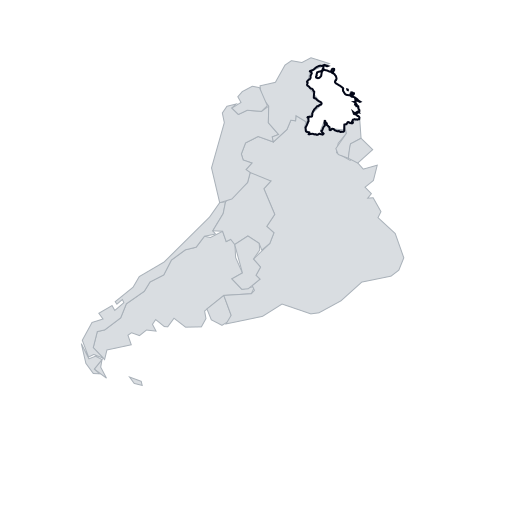 South America, with Venezuela highlighted, rotated 40°
{"feature_id": "VEN", "entity_name": "Venezuela", "entity_type": "country or territory", "adm_level": 0, "iso_a3": "VEN", "parent_name": "South America", "parent_adm1": "", "projection": "robinson", "projection_center": [-65.797, 6.433], "detail": "fine", "context": "in_parent", "style": "outline", "palette": "ink", "viewbox_px": 512, "rotation_deg": 40, "n_neighbors": 12, "source": "natural_earth", "source_scale": "50m", "svg_char_len": 9659}
<svg xmlns="http://www.w3.org/2000/svg" viewBox="0 0 512 512"><g transform="rotate(40 256 256)"><path d="M204.6,434.3L208.5,441.0L220.0,445.7L204.8,446.6L204.6,434.3ZM256.7,306.9L252.0,331.2L257.9,336.1L259.7,345.4L247.8,355.8L233.2,356.4L233.9,367.0L231.1,369.0L220.0,369.2L220.6,374.9L227.7,377.8L219.7,383.1L217.9,391.9L210.0,394.8L208.8,399.0L217.5,404.2L202.2,423.8L206.6,432.7L190.2,430.8L183.0,415.9L187.6,409.9L192.1,390.4L187.4,376.0L193.1,354.8L191.5,344.0L197.5,329.8L193.8,313.5L197.9,296.7L204.5,287.7L203.8,274.0L209.2,271.2L214.5,258.5L223.9,264.1L225.9,259.5L231.5,259.7L241.4,270.3L256.5,277.7L252.2,289.0L266.6,290.6L274.5,280.0L276.7,287.9L256.7,306.9Z" fill="#d9dde1" stroke="#a8b0b8" stroke-width="1"/><path d="M204.6,434.3L204.8,446.6L211.9,446.8L206.9,450.6L194.7,447.6L178.5,435.4L194.1,442.2L197.5,435.9L204.6,434.3ZM197.8,234.0L203.6,244.6L206.7,264.5L210.9,265.2L203.8,274.0L204.5,287.7L197.9,296.7L193.8,313.5L197.5,329.8L191.5,344.0L193.1,354.8L187.4,376.0L192.1,390.4L187.6,409.9L183.0,415.9L190.2,430.8L204.8,432.4L195.0,435.7L192.7,441.0L177.1,432.2L173.1,412.3L179.3,402.6L172.4,400.9L177.6,386.5L182.8,388.5L184.8,376.7L181.6,375.2L180.4,382.3L177.5,381.5L181.9,358.9L179.8,346.8L189.5,319.6L195.4,256.0L193.9,238.5L197.8,234.0Z" fill="#d9dde1" stroke="#a8b0b8" stroke-width="1"/><path d="M236.9,430.0L248.6,425.8L252.0,428.3L244.6,431.9L236.9,430.0Z" fill="#d9dde1" stroke="#a8b0b8" stroke-width="1"/><path d="M256.7,306.9L275.1,317.4L277.8,321.3L274.5,331.0L262.8,333.6L252.4,328.1L256.7,306.9Z" fill="#d9dde1" stroke="#a8b0b8" stroke-width="1"/><path d="M276.7,327.3L275.1,317.4L256.7,306.9L276.7,287.9L276.9,283.3L272.1,281.1L273.9,271.2L268.4,270.8L266.6,261.6L256.0,260.0L258.5,237.5L254.8,226.7L245.2,226.4L243.6,212.1L218.8,199.4L219.2,189.0L204.3,196.2L192.8,196.2L193.1,187.4L184.5,190.7L179.2,187.3L175.3,176.1L180.8,163.1L196.0,157.5L198.4,139.2L195.4,129.6L199.4,127.0L196.4,122.8L208.0,121.0L210.4,126.2L218.1,128.2L229.2,120.0L224.6,118.3L221.8,109.3L230.6,111.0L242.6,102.7L246.4,103.8L246.5,116.8L251.3,125.1L266.7,122.2L266.8,118.2L282.3,120.5L290.5,108.5L297.4,122.7L295.3,133.2L304.3,134.1L304.4,139.9L308.3,136.1L323.2,141.7L324.8,148.2L348.2,149.3L370.4,162.4L374.5,175.0L372.4,184.6L353.8,208.0L349.9,235.7L340.7,259.1L335.2,265.1L306.8,276.1L299.8,298.0L276.7,327.3Z" fill="#d9dde1" stroke="#a8b0b8" stroke-width="1"/><path d="M197.9,195.8L219.2,189.0L218.8,199.4L243.6,212.1L245.2,226.4L254.8,226.7L258.5,237.5L256.6,247.8L250.3,244.3L236.9,245.9L232.3,260.9L225.9,259.5L223.9,264.1L214.5,258.5L206.7,264.5L203.6,244.6L197.8,234.0L202.3,205.1L197.9,195.8Z" fill="#d9dde1" stroke="#a8b0b8" stroke-width="1"/><path d="M196.0,157.5L180.8,163.1L175.3,176.1L179.2,187.3L184.5,190.7L193.1,187.4L192.8,196.2L197.9,195.8L202.3,205.1L200.9,227.8L193.9,238.5L165.3,217.1L146.0,174.2L138.3,168.1L137.5,160.0L143.1,152.3L142.4,158.2L151.5,158.9L155.6,150.0L167.2,141.7L169.4,133.0L179.8,146.0L195.2,148.4L191.9,154.3L196.0,157.5Z" fill="#d9dde1" stroke="#a8b0b8" stroke-width="1"/><path d="M211.3,125.5L208.0,121.0L196.4,122.8L199.4,127.0L195.4,129.6L198.4,139.2L196.0,157.5L191.9,154.3L195.2,148.4L179.8,146.0L169.4,133.0L157.6,130.4L149.7,123.0L159.2,110.5L155.5,91.1L157.6,83.6L166.8,78.3L170.7,68.8L188.5,61.4L178.8,80.0L185.5,92.4L209.0,97.6L206.6,116.5L211.3,125.5Z" fill="#d9dde1" stroke="#a8b0b8" stroke-width="1"/><path d="M263.9,121.8L253.8,125.4L248.1,122.4L246.4,103.8L239.1,98.4L247.5,84.5L260.8,98.3L256.3,109.3L263.9,121.8Z" fill="#d9dde1" stroke="#a8b0b8" stroke-width="1"/><path d="M274.2,119.4L263.9,121.8L258.5,113.5L256.3,109.3L260.8,98.3L277.0,99.5L274.2,119.4Z" fill="#d9dde1" stroke="#a8b0b8" stroke-width="1"/><path d="M168.1,133.6L167.2,141.7L155.6,150.0L151.5,158.9L142.4,158.2L145.8,148.0L139.7,145.7L139.8,138.8L144.1,128.3L150.4,124.8L168.1,133.6Z" fill="#d9dde1" stroke="#a8b0b8" stroke-width="1"/><path d="M255.0,249.0L256.0,260.0L266.6,261.6L268.4,270.8L273.9,271.2L271.1,286.1L266.6,290.6L252.2,289.0L256.5,277.7L232.3,260.9L236.9,245.9L250.3,244.3L255.0,249.0Z" fill="#d9dde1" stroke="#a8b0b8" stroke-width="1"/><path d="M246.2,83.4L247.1,84.8L247.1,85.0L246.4,85.5L246.1,86.3L245.4,86.6L244.8,87.1L244.3,87.6L243.7,87.7L243.4,87.9L243.2,88.6L243.0,88.9L242.6,89.3L242.6,89.5L243.1,90.3L243.2,90.5L243.0,90.9L243.1,91.2L243.3,91.5L243.6,91.5L243.9,91.4L244.3,91.4L244.5,91.5L244.6,91.8L244.5,92.4L244.3,92.7L243.3,93.2L242.6,93.7L242.1,93.6L241.8,93.6L241.5,93.9L240.7,94.0L240.3,94.4L240.2,94.7L240.4,95.6L240.4,95.9L240.6,96.9L240.4,97.1L240.1,97.4L239.7,97.9L239.2,98.5L239.3,98.7L242.5,102.7L242.9,103.0L243.2,103.9L243.2,104.2L243.1,104.5L242.9,104.9L242.5,105.2L241.7,105.7L241.4,106.4L241.2,106.6L240.7,106.8L239.8,106.7L239.4,107.2L238.8,107.3L238.4,108.0L237.1,108.5L235.7,108.9L235.4,109.1L234.1,108.8L233.7,108.9L233.0,109.4L232.8,109.4L232.5,109.6L232.4,110.0L232.3,111.5L231.8,112.0L231.2,112.0L230.8,111.5L230.4,111.1L229.6,110.1L229.3,110.0L229.1,110.0L228.4,110.3L227.7,110.0L225.9,110.1L225.6,109.8L225.4,109.3L225.0,108.9L224.7,108.9L223.0,108.9L222.9,108.8L222.6,108.3L222.3,108.1L222.0,108.1L221.8,108.3L222.4,109.1L222.6,109.6L223.1,110.2L224.6,111.6L224.9,112.0L224.8,113.4L224.9,114.2L225.3,115.4L225.8,116.6L225.9,117.3L225.8,117.9L225.7,118.2L225.7,118.3L225.9,118.4L226.4,118.6L227.4,118.7L228.1,118.7L229.1,118.8L229.2,119.2L229.1,119.9L228.9,120.3L228.7,120.4L228.2,120.5L227.6,120.9L226.8,121.3L226.3,121.4L225.9,121.6L225.6,122.5L225.4,123.4L224.9,123.9L224.4,124.3L223.9,124.4L223.5,124.3L223.3,124.5L222.6,125.3L222.3,125.5L221.8,125.5L221.4,125.7L220.8,126.0L220.4,126.3L220.0,126.8L219.6,127.3L219.1,127.7L218.5,128.7L218.1,128.8L218.0,128.4L218.2,127.9L218.0,127.4L217.6,127.1L217.4,127.0L217.2,127.1L216.8,127.3L215.8,128.0L215.5,128.2L214.3,128.4L214.0,128.3L213.6,128.0L211.3,125.7L211.2,125.3L211.3,124.9L211.1,124.3L210.9,123.7L210.8,123.0L210.3,121.5L210.1,121.2L210.1,120.9L210.1,120.6L209.9,120.4L209.6,119.6L209.7,119.3L209.6,118.9L209.1,118.5L208.7,118.0L208.2,117.5L207.8,117.2L207.7,116.8L207.6,116.6L207.3,116.6L206.8,116.4L206.4,116.6L206.3,116.3L206.5,116.0L208.1,114.3L208.9,113.6L209.0,113.5L209.1,113.0L208.2,111.4L207.7,111.0L207.4,110.4L207.0,109.2L206.7,108.5L206.7,108.0L206.7,107.5L206.6,107.0L206.4,106.7L206.4,105.8L206.6,104.3L206.6,103.1L206.5,102.3L206.7,101.7L207.2,101.3L207.5,100.7L207.5,99.8L207.8,99.1L208.3,98.5L208.5,98.0L208.3,97.4L208.3,97.1L207.8,96.7L207.0,96.5L206.4,96.5L206.0,96.7L204.9,97.0L203.3,97.2L201.9,97.2L200.9,97.0L200.1,97.1L199.6,97.5L199.2,97.6L199.0,97.3L198.8,97.3L198.4,97.4L196.8,95.3L195.0,92.7L194.8,92.6L194.1,92.7L193.5,92.5L192.8,92.1L192.2,91.9L191.8,91.9L191.4,91.9L190.4,92.4L189.8,92.5L189.3,92.5L188.1,92.2L187.3,92.2L185.9,92.4L185.3,92.2L184.9,91.8L184.3,90.2L183.4,90.0L183.1,89.8L183.0,89.4L182.9,88.8L183.1,86.8L183.6,86.1L183.4,85.0L183.3,84.4L182.0,83.0L181.3,80.2L181.1,80.1L180.8,80.1L180.5,80.1L180.3,79.5L180.0,79.4L179.3,79.7L178.6,79.9L178.5,79.7L179.2,78.3L180.0,77.0L180.3,76.3L180.6,74.0L181.0,72.3L181.7,70.9L181.9,70.3L182.8,69.0L183.2,68.7L184.2,68.2L185.4,65.9L185.7,65.5L187.8,64.9L188.9,64.4L188.8,64.6L188.4,65.0L188.1,65.2L186.1,65.7L185.7,66.0L185.7,66.5L185.7,66.9L186.3,68.2L186.5,68.5L187.3,69.2L187.1,69.3L186.8,69.4L187.0,70.3L187.5,70.9L187.5,71.3L187.1,72.5L186.5,73.3L186.0,74.1L185.6,74.5L184.8,76.1L185.4,77.1L185.5,77.7L186.0,78.4L186.4,78.6L186.6,78.9L186.5,79.4L186.7,80.1L187.0,80.4L187.3,80.6L187.7,80.6L188.9,80.1L189.2,79.9L189.4,79.6L190.0,78.8L190.1,77.9L190.2,76.8L190.1,76.0L189.4,75.0L189.1,74.3L188.5,73.6L188.1,72.4L188.0,72.0L187.7,70.6L188.2,70.3L188.1,69.5L189.2,69.3L191.4,68.1L192.8,67.8L194.4,67.2L194.8,66.9L195.1,66.3L195.3,66.3L196.2,66.8L196.6,66.6L196.7,66.2L196.5,65.4L196.0,65.4L194.6,65.7L194.5,65.4L194.5,65.1L194.1,64.2L194.6,63.0L195.0,62.8L195.6,62.5L196.0,62.9L196.3,63.2L196.4,63.6L196.5,64.5L196.8,65.4L197.0,66.1L197.4,66.6L197.8,66.5L198.0,66.4L199.5,66.3L200.4,66.7L201.5,66.8L202.6,67.5L203.7,68.4L204.0,69.0L204.0,69.6L204.3,70.0L204.0,70.4L204.2,71.1L204.5,71.8L205.0,72.2L206.3,72.4L207.8,72.1L210.1,71.8L210.8,71.6L214.6,71.4L215.3,71.8L215.4,72.4L216.6,73.6L217.6,73.8L218.4,74.2L219.3,74.4L220.2,74.7L220.8,74.6L221.2,74.5L221.6,74.5L225.0,72.4L226.8,72.5L227.3,72.2L226.6,71.9L225.1,71.7L224.7,72.0L224.4,71.4L224.9,71.4L226.6,71.3L228.5,71.4L230.0,71.0L230.8,70.9L231.3,71.0L232.5,70.8L234.8,71.1L236.7,70.8L236.5,71.2L235.9,71.4L234.9,71.4L234.1,71.9L232.6,71.8L231.4,72.0L231.8,72.2L231.8,72.7L232.0,72.8L232.5,73.2L232.6,73.4L232.7,73.9L232.6,74.5L232.3,74.8L232.8,74.7L233.0,74.4L233.0,74.1L233.0,73.8L233.3,73.9L233.5,74.1L234.1,75.6L234.5,76.3L234.8,76.1L235.0,75.8L235.1,76.0L235.3,76.1L235.2,75.8L235.3,75.4L235.3,75.2L235.5,75.2L236.0,75.3L236.5,75.8L236.9,76.3L236.9,76.6L237.1,76.8L237.3,76.9L237.4,77.2L237.4,76.8L237.3,76.5L237.3,76.2L238.0,76.1L238.2,75.7L238.6,76.0L239.6,77.2L240.0,77.4L241.1,77.6L241.8,78.2L242.2,78.8L242.0,79.3L241.3,79.6L241.0,80.0L240.9,80.3L240.9,80.6L240.7,81.0L240.5,81.7L240.3,82.4L239.9,83.2L238.0,83.2L238.9,83.7L239.6,84.2L240.2,83.8L241.0,83.8L241.9,83.3L242.2,83.2L243.8,83.5L244.2,83.1L244.5,83.0L245.4,83.1L246.2,83.4ZM226.7,68.6L226.9,69.3L226.8,69.5L226.4,70.0L225.7,70.0L225.4,69.9L225.1,69.6L224.8,69.7L224.1,69.5L223.9,69.4L224.2,69.0L224.9,68.8L225.0,69.1L225.4,69.3L225.8,69.3L225.9,68.9L226.5,68.4L226.7,68.6ZM241.6,81.4L240.9,81.7L240.8,81.2L241.6,80.4L241.7,80.5L241.9,80.9L241.9,81.1L241.6,81.4ZM219.8,69.9L219.5,70.0L219.0,69.9L218.8,69.7L219.3,69.5L219.7,69.7L219.8,69.9ZM242.1,80.0L241.5,80.2L241.6,79.8L241.9,79.7L242.1,79.7L242.3,79.6L242.5,79.7L242.2,79.8L242.1,80.0Z" fill="none" stroke="#020617" stroke-width="2"/></g></svg>